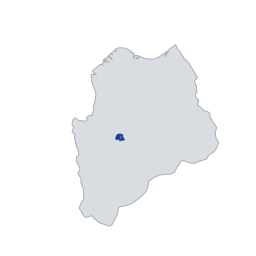 location of Pankshin, Plateau, Nigeria, rotated 144°
{"feature_id": "59680162B11957186029310", "entity_name": "Pankshin", "entity_type": "district", "adm_level": 2, "iso_a3": "NGA", "parent_name": "Nigeria", "parent_adm1": "Plateau", "projection": "albers", "projection_center": [9.454, 9.312], "detail": "fine", "context": "in_parent", "style": "filled", "palette": "blue", "viewbox_px": 256, "rotation_deg": 144, "n_neighbors": 0, "source": "geoboundaries", "source_scale": "gbopen_adm2", "svg_char_len": 5032}
<svg xmlns="http://www.w3.org/2000/svg" viewBox="0 0 256 256"><g transform="rotate(144 128 128)"><path d="M200.4,59.2L207.1,68.4L208.6,75.3L209.2,78.7L210.3,79.1L212.4,79.2L213.9,79.9L214.8,81.0L215.4,82.1L215.5,82.7L215.1,86.8L214.6,88.3L214.9,90.4L214.8,91.3L214.6,91.9L213.7,92.5L212.5,93.2L209.5,95.3L208.6,95.6L207.4,95.6L206.3,96.1L205.0,97.2L202.2,101.2L199.9,105.2L198.2,111.7L196.1,113.7L195.7,115.5L195.4,119.5L195.1,120.7L194.8,121.1L192.5,121.9L191.2,122.8L190.4,124.6L189.5,130.9L189.1,131.9L188.4,133.0L187.2,134.1L186.2,134.8L183.6,135.2L181.1,139.9L181.1,140.7L180.0,145.0L178.1,148.2L178.0,150.2L175.6,153.0L174.4,154.9L175.7,156.9L175.8,157.3L171.6,160.7L171.4,161.2L171.2,163.5L170.9,164.1L170.1,165.0L169.0,165.9L167.9,166.7L166.6,167.2L165.4,167.4L164.7,167.1L164.3,166.4L163.6,163.5L163.2,162.9L162.4,162.4L159.2,159.2L157.3,158.1L156.8,158.2L156.5,158.5L156.0,160.1L155.4,160.7L154.4,160.9L152.6,160.9L151.3,160.7L151.1,160.4L150.4,159.1L146.5,162.0L145.1,162.7L143.3,166.0L140.8,167.7L139.1,169.2L134.4,173.8L133.5,175.2L132.6,177.2L130.6,185.8L127.4,191.2L126.9,192.4L126.7,192.3L126.3,192.8L125.1,192.5L124.5,191.5L123.7,191.3L122.4,189.9L122.1,190.1L123.5,193.8L123.0,195.3L119.1,195.3L115.7,195.8L113.4,195.7L112.2,195.2L111.7,193.8L111.4,194.7L110.6,195.3L108.0,195.4L106.9,194.4L105.9,193.3L104.9,192.8L105.1,193.3L106.2,194.3L106.1,195.8L104.0,197.6L102.6,197.6L101.8,196.9L101.4,195.7L101.2,193.9L100.7,192.7L100.4,192.7L100.7,194.6L100.7,196.5L101.7,197.9L100.2,198.3L98.3,198.4L98.1,197.8L97.9,196.7L97.5,196.3L97.2,198.3L93.4,198.9L92.8,198.8L92.7,198.4L93.0,197.8L92.9,197.0L92.1,197.6L92.0,199.0L91.5,199.2L90.0,199.0L88.5,198.3L85.9,196.5L82.8,193.7L82.3,192.4L81.5,190.8L79.9,186.5L80.2,186.3L80.9,186.5L81.3,186.1L80.0,185.8L79.7,185.5L79.6,184.6L79.7,183.4L81.7,182.8L82.1,182.1L82.4,181.4L80.0,182.5L77.7,181.2L77.2,180.5L77.5,179.9L80.1,179.9L81.0,179.4L80.5,179.2L79.5,179.2L79.1,178.8L79.1,177.9L78.8,178.1L78.4,178.9L76.8,179.4L75.9,178.9L75.9,177.6L75.7,177.0L74.9,176.5L72.3,173.1L69.0,170.2L66.0,168.2L61.5,167.2L52.1,167.1L51.5,166.9L52.1,166.4L53.0,166.1L56.0,164.6L55.5,164.4L52.3,165.3L51.3,165.4L49.8,167.3L40.5,167.5L40.6,166.6L41.0,164.2L41.6,162.4L41.0,160.3L40.9,158.4L41.3,157.9L41.5,157.2L41.5,152.3L42.0,151.6L42.0,151.1L41.1,149.0L41.1,147.4L41.0,145.9L40.6,145.2L41.1,139.3L41.0,137.8L41.4,136.8L41.6,134.2L41.6,131.7L42.3,127.8L46.3,127.3L47.2,125.8L47.8,123.8L47.7,121.9L49.0,120.2L50.6,118.7L50.5,117.1L51.0,116.6L51.7,116.2L52.8,116.0L54.0,115.2L54.7,113.8L55.3,111.5L54.3,109.8L54.4,109.5L54.8,108.6L55.4,107.8L55.9,107.5L57.0,107.7L57.4,107.4L58.2,104.9L58.1,104.2L57.1,102.5L56.6,97.8L56.3,97.2L55.5,96.4L53.3,93.1L53.4,91.6L54.3,89.6L55.0,88.7L55.8,88.1L56.0,87.7L55.8,87.1L55.3,86.7L55.3,85.8L55.7,84.6L55.6,83.2L55.9,76.3L57.7,75.0L60.3,72.7L61.7,70.4L62.4,68.6L63.4,62.7L64.8,62.0L67.4,59.9L70.9,58.7L73.2,58.3L77.3,58.6L79.3,58.4L81.0,57.3L81.8,57.0L82.9,56.8L92.9,60.0L93.8,59.8L94.6,60.1L95.8,60.9L98.8,63.8L101.8,68.3L102.8,69.2L103.8,69.8L104.7,70.0L105.5,69.9L106.2,69.5L107.2,68.6L108.7,68.3L109.9,68.3L116.1,65.0L116.7,64.9L120.6,65.7L125.8,69.1L130.1,71.4L133.1,72.1L136.6,72.7L142.6,72.8L147.1,68.0L148.8,67.0L150.8,66.0L155.1,65.1L162.1,64.5L168.6,64.7L172.7,65.5L177.0,67.0L178.9,68.5L181.8,68.8L183.9,68.4L184.6,66.9L186.6,65.0L189.8,63.1L192.3,61.8L194.4,61.2L196.3,59.8L197.8,59.3L200.4,59.2ZM108.3,197.3L106.8,197.7L105.9,197.6L107.2,195.7L107.8,196.1L108.7,196.3L108.3,197.3Z" fill="#d9dde1" stroke="#a8b0b8" stroke-width="1"/><path d="M138.2,121.0L137.9,121.2L137.9,121.5L138.0,121.9L138.0,122.2L138.3,121.9L138.6,121.9L138.3,122.3L138.3,122.5L138.2,122.7L138.1,122.8L138.3,123.0L138.5,123.1L138.6,123.3L138.4,123.5L138.3,123.8L138.0,123.9L137.9,123.9L137.7,124.1L137.6,124.4L137.5,124.5L137.4,124.9L137.2,125.2L137.3,125.3L137.2,125.3L136.9,125.4L137.0,125.6L136.9,126.0L137.2,126.3L137.2,126.2L137.5,126.2L137.7,126.4L137.7,126.7L137.8,127.1L138.2,127.6L138.3,127.6L138.4,127.8L138.8,127.7L139.2,127.7L139.4,127.9L139.5,127.9L139.6,128.0L139.8,128.1L140.0,127.9L140.2,128.4L140.2,128.5L140.4,128.5L140.6,128.2L140.9,128.1L141.0,127.9L141.3,128.0L141.5,128.2L142.2,127.5L142.4,127.5L142.5,127.4L142.9,127.3L142.9,127.2L143.0,127.1L143.3,126.9L143.7,126.8L143.9,126.7L143.9,126.3L143.9,126.2L143.7,125.8L143.6,125.7L143.5,125.3L143.4,125.2L142.9,125.5L142.7,125.6L142.3,125.4L142.1,125.5L142.1,125.8L142.2,126.1L142.0,126.4L141.9,126.5L141.7,126.4L141.4,126.3L141.1,126.7L140.8,126.6L140.7,126.8L140.4,126.7L140.5,126.6L140.6,126.4L140.6,126.2L140.4,126.2L140.2,125.7L140.3,125.6L140.6,125.5L140.8,125.5L141.2,125.4L141.3,125.3L141.3,125.2L141.4,124.9L141.3,124.7L141.3,124.4L141.4,124.2L141.5,124.1L141.6,123.9L141.3,123.8L141.1,123.7L140.9,123.6L141.1,123.6L141.3,123.5L141.4,123.4L141.5,123.3L141.5,123.2L141.6,122.8L141.3,122.9L141.1,122.7L140.9,122.7L140.7,122.7L140.7,122.3L140.4,122.3L139.8,122.3L139.5,121.9L139.5,121.7L139.4,121.5L138.7,121.5L138.6,121.4L138.2,121.0Z" fill="#3b82f6" stroke="#1e3a8a" stroke-width="1.5"/></g></svg>